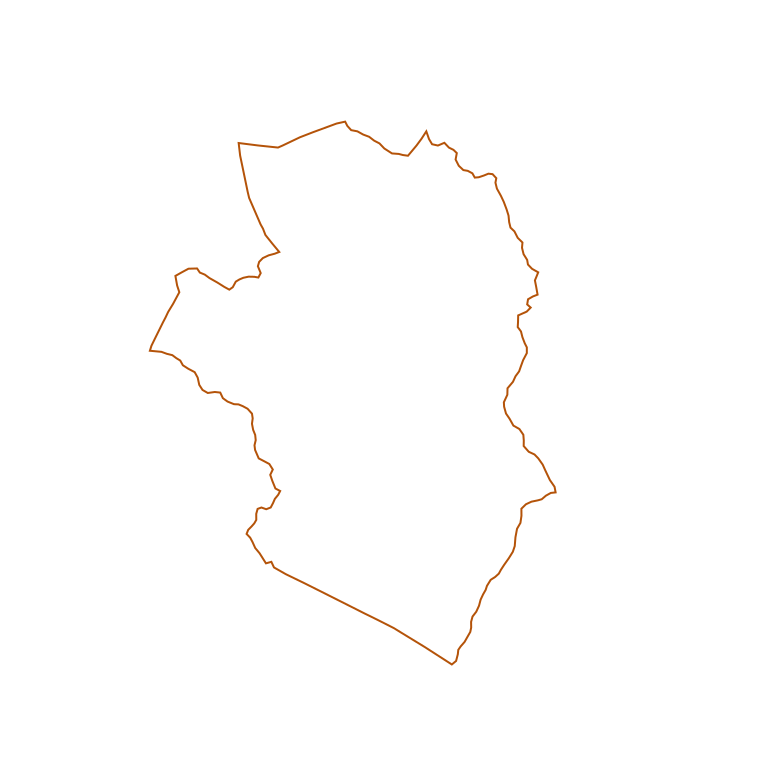 Castro Alves, Bahia, Brazil, rotated 153°
{"feature_id": "56859067B5706793747944", "entity_name": "Castro Alves", "entity_type": "district", "adm_level": 2, "iso_a3": "BRA", "parent_name": "Brazil", "parent_adm1": "Bahia", "projection": "robinson", "projection_center": [-39.366, -12.724], "detail": "fine", "context": "isolated", "style": "outline", "palette": "amber", "viewbox_px": 768, "rotation_deg": 153, "n_neighbors": 0, "source": "geoboundaries", "source_scale": "gbopen_adm2", "svg_char_len": 3094}
<svg xmlns="http://www.w3.org/2000/svg" viewBox="0 0 768 768"><g transform="rotate(153 384 384)"><path d="M450.9,103.3L445.5,104.5L440.9,109.7L438.5,113.4L434.8,115.4L429.3,117.6L424.3,120.9L419.7,123.9L416.9,127.4L414.4,132.5L410.7,136.6L405.2,139.2L400.0,143.3L395.8,148.0L391.3,151.5L386.9,154.4L383.9,157.4L377.8,161.1L372.6,161.6L367.8,162.9L364.3,165.3L359.1,168.3L351.9,172.1L345.4,176.0L341.1,180.2L336.5,187.7L331.2,194.6L325.5,198.3L321.4,204.1L318.2,210.5L312.1,212.4L306.0,212.2L299.8,210.5L295.8,209.7L290.4,211.0L284.8,211.2L280.3,209.5L278.7,215.0L279.8,223.1L279.5,233.9L279.2,240.1L280.3,247.7L281.9,252.9L285.8,257.9L287.7,265.3L285.1,270.2L282.9,275.5L283.8,282.4L287.6,288.2L287.9,296.1L288.7,302.3L287.3,309.2L285.5,313.3L279.0,318.4L275.9,324.1L268.1,327.4L263.3,331.2L257.9,333.9L253.6,338.0L249.2,342.1L242.7,346.7L240.1,351.8L240.1,356.4L239.4,362.9L238.1,368.6L239.0,374.0L236.6,378.1L233.3,384.2L224.0,383.7L218.6,385.5L220.3,389.9L217.2,394.1L211.6,394.4L206.6,393.9L204.2,401.8L202.5,407.8L199.1,410.7L195.9,413.5L199.8,419.4L201.5,425.1L200.1,429.6L200.7,436.3L199.2,442.7L196.4,447.2L198.5,453.5L198.5,460.8L200.3,465.9L199.0,471.4L196.6,477.5L195.5,483.9L194.6,491.9L194.4,498.6L194.7,506.8L193.3,512.8L190.5,516.4L192.0,521.7L195.5,524.0L200.3,524.4L205.7,525.2L209.4,526.7L209.6,531.6L212.6,535.9L216.2,538.6L218.3,544.5L218.3,551.5L214.3,556.7L215.8,561.1L218.8,565.1L220.7,571.5L227.7,572.0L232.3,575.8L232.7,581.8L231.6,589.9L239.2,585.5L246.8,581.7L259.0,576.5L263.3,579.5L266.4,582.3L272.2,585.8L276.8,593.7L278.8,600.4L282.3,605.3L285.0,611.0L289.3,615.7L293.0,621.2L298.0,625.1L299.5,630.6L299.5,635.4L308.0,637.6L312.2,638.1L333.2,640.6L346.9,642.0L366.1,642.5L371.1,642.8L387.9,653.7L404.1,664.7L408.5,652.8L411.3,642.5L418.2,617.2L419.7,611.0L421.5,582.2L421.3,577.3L422.0,570.6L419.8,559.9L417.4,549.2L422.2,549.7L428.3,551.0L434.8,551.2L439.8,549.5L442.9,546.2L443.5,538.8L447.6,535.9L450.9,538.4L455.9,541.1L461.1,542.5L465.4,542.8L469.6,542.5L474.8,538.9L479.0,538.3L482.2,543.0L486.5,550.2L491.4,557.6L494.0,562.8L497.5,566.9L498.1,571.8L505.9,575.5L513.8,575.3L520.8,575.0L523.6,565.7L524.7,558.7L535.5,551.2L543.6,546.2L548.4,542.5L552.9,539.3L566.6,529.1L573.8,523.7L577.5,519.9L567.7,513.7L563.8,509.5L559.5,505.8L557.3,501.3L554.9,497.4L554.7,492.0L551.5,486.5L547.3,480.5L547.1,474.3L549.0,467.1L548.4,461.1L545.1,456.0L538.4,453.7L533.8,450.7L534.0,444.5L531.4,439.4L526.8,434.1L522.9,431.9L519.9,428.4L516.8,423.9L515.1,417.5L516.6,413.0L519.7,408.5L521.4,402.6L521.9,397.1L523.8,392.2L527.2,388.2L528.8,383.8L529.4,374.6L525.5,369.1L522.5,364.8L521.9,358.3L526.6,354.7L527.5,348.3L528.2,340.2L525.1,335.8L528.6,333.3L533.4,331.2L536.9,328.3L541.0,325.4L545.8,325.9L549.3,329.6L553.3,330.1L556.8,326.3L559.5,320.9L562.9,318.7L566.7,317.2L571.2,315.7L574.5,312.8L573.0,307.8L572.9,303.1L573.2,296.3L571.7,289.7L570.6,277.8L565.1,276.7L565.3,270.5L557.8,259.1L545.1,242.3L529.5,221.1L505.3,188.1L501.6,183.2L496.1,175.8L488.8,165.8L486.1,162.1L481.4,154.4L467.2,131.3L450.9,103.3Z" fill="none" stroke="#b45309" stroke-width="2"/></g></svg>